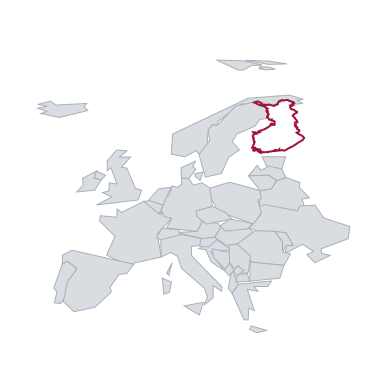 Europe, with Finland highlighted, rotated 4°
{"feature_id": "FIN", "entity_name": "Finland", "entity_type": "country or territory", "adm_level": 0, "iso_a3": "FIN", "parent_name": "Europe", "parent_adm1": "", "projection": "equal_earth", "projection_center": [24.864, 64.94], "detail": "fine", "context": "in_parent", "style": "outline", "palette": "rose", "viewbox_px": 384, "rotation_deg": 4, "n_neighbors": 37, "source": "natural_earth", "source_scale": "50m", "svg_char_len": 12805}
<svg xmlns="http://www.w3.org/2000/svg" viewBox="0 0 384 384"><g transform="rotate(4 192 192)"><path d="M207.3,58.6L234.6,57.6L253.4,60.5L242.8,61.6L234.3,67.0L229.1,67.1L207.3,58.6ZM295.9,95.8L284.5,98.2L286.3,94.9L280.3,93.1L266.7,100.1L250.7,96.7L244.1,101.3L235.5,100.5L212.7,119.8L212.4,123.8L207.6,123.7L203.8,128.9L203.7,146.4L196.4,154.0L193.4,150.3L182.4,157.4L168.7,155.7L168.6,135.5L241.3,94.6L282.2,88.5L296.5,91.8L290.7,93.0L295.9,95.8ZM277.8,57.6L259.6,59.3L236.3,56.9L259.2,56.1L277.8,57.6ZM266.7,63.7L257.2,65.0L249.8,64.3L252.7,63.5L250.2,62.5L259.0,61.9L266.7,63.7Z" fill="#d9dde1" stroke="#a8b0b8" stroke-width="1"/><path d="M144.5,204.7L173.6,219.7L160.2,236.3L165.9,258.9L132.1,269.2L111.3,260.9L118.2,241.5L101.8,227.3L102.2,222.1L118.8,222.4L118.4,214.3L123.1,217.3L144.5,204.7ZM172.4,275.0L176.9,264.1L174.9,276.6L172.4,275.0Z" fill="#d9dde1" stroke="#a8b0b8" stroke-width="1"/><path d="M196.4,154.0L206.1,139.4L203.8,128.9L207.6,123.7L212.4,123.8L229.6,103.2L247.8,98.0L261.1,103.6L262.7,113.3L254.5,114.8L250.4,121.8L232.7,131.0L228.6,139.1L236.5,146.6L226.1,154.9L220.0,171.4L204.2,176.2L196.4,154.0Z" fill="#d9dde1" stroke="#a8b0b8" stroke-width="1"/><path d="M284.7,171.0L299.0,175.0L298.6,179.8L309.5,189.6L302.1,191.4L305.0,198.1L298.5,203.5L260.0,201.7L259.9,185.8L270.9,183.3L275.9,174.6L284.7,171.0Z" fill="#d9dde1" stroke="#a8b0b8" stroke-width="1"/><path d="M325.5,244.2L334.3,245.6L319.5,253.9L310.9,246.6L317.2,242.7L306.0,236.4L289.2,246.8L290.1,238.4L296.7,238.5L288.7,226.1L267.3,228.9L251.7,224.0L262.1,209.7L260.0,201.7L265.6,199.5L298.5,203.5L300.3,198.5L315.6,196.5L325.2,208.7L351.9,215.5L351.1,227.7L324.9,239.6L325.5,244.2Z" fill="#d9dde1" stroke="#a8b0b8" stroke-width="1"/><path d="M259.9,185.8L261.5,194.0L258.2,195.4L262.7,207.8L255.6,219.6L219.3,209.7L208.9,192.1L209.6,186.8L228.8,179.6L259.9,185.8Z" fill="#d9dde1" stroke="#a8b0b8" stroke-width="1"/><path d="M222.9,226.1L216.9,236.6L208.9,238.4L180.0,233.5L199.8,230.9L204.2,220.7L220.4,221.3L222.9,226.1Z" fill="#d9dde1" stroke="#a8b0b8" stroke-width="1"/><path d="M251.7,224.0L255.1,227.9L245.3,239.3L230.6,243.4L218.0,235.4L222.9,226.1L251.7,224.0Z" fill="#d9dde1" stroke="#a8b0b8" stroke-width="1"/><path d="M277.1,225.4L288.7,226.1L296.7,238.5L290.1,238.4L286.6,245.4L285.8,235.7L277.1,225.4Z" fill="#d9dde1" stroke="#a8b0b8" stroke-width="1"/><path d="M286.6,245.4L294.5,246.9L288.8,258.8L256.1,257.9L240.7,240.7L257.6,226.3L277.1,225.4L285.8,235.7L286.6,245.4Z" fill="#d9dde1" stroke="#a8b0b8" stroke-width="1"/><path d="M275.9,174.6L270.9,183.3L259.9,185.8L247.2,171.9L267.3,169.7L275.9,174.6Z" fill="#d9dde1" stroke="#a8b0b8" stroke-width="1"/><path d="M279.9,162.7L284.7,171.0L275.9,174.6L267.3,169.7L247.2,171.9L255.2,160.9L259.2,165.6L268.8,159.5L279.9,162.7Z" fill="#d9dde1" stroke="#a8b0b8" stroke-width="1"/><path d="M283.1,150.3L279.9,162.7L264.4,160.6L259.5,152.0L283.1,150.3Z" fill="#d9dde1" stroke="#a8b0b8" stroke-width="1"/><path d="M209.6,186.8L213.2,205.0L197.4,210.8L204.2,220.7L199.8,230.9L169.0,229.8L173.6,219.7L165.7,218.4L163.0,211.8L164.2,199.8L169.2,197.2L171.8,187.3L177.2,188.4L181.2,185.1L180.5,178.8L187.9,178.7L192.6,185.2L201.4,182.1L209.6,186.8Z" fill="#d9dde1" stroke="#a8b0b8" stroke-width="1"/><path d="M254.5,254.8L256.1,257.9L288.8,258.8L285.7,271.8L256.0,276.9L254.5,254.8Z" fill="#d9dde1" stroke="#a8b0b8" stroke-width="1"/><path d="M276.0,324.8L266.4,327.9L259.0,325.0L260.2,321.5L276.0,324.8ZM244.5,280.8L277.5,275.2L274.3,280.9L260.5,282.0L264.6,286.4L254.0,285.3L262.3,305.9L256.7,303.8L256.9,315.7L252.8,315.9L239.1,290.3L244.5,280.8Z" fill="#d9dde1" stroke="#a8b0b8" stroke-width="1"/><path d="M244.5,280.8L239.1,290.3L234.8,285.4L237.3,266.5L244.5,280.8Z" fill="#d9dde1" stroke="#a8b0b8" stroke-width="1"/><path d="M220.0,237.9L235.8,247.3L214.7,250.4L229.7,268.1L215.8,260.3L209.9,248.5L202.8,248.0L220.0,237.9Z" fill="#d9dde1" stroke="#a8b0b8" stroke-width="1"/><path d="M180.9,230.4L184.6,238.1L166.5,243.3L159.7,239.6L164.8,230.3L180.9,230.4Z" fill="#d9dde1" stroke="#a8b0b8" stroke-width="1"/><path d="M161.5,212.1L163.2,216.5L160.5,216.0L161.5,212.1Z" fill="#d9dde1" stroke="#a8b0b8" stroke-width="1"/><path d="M164.2,207.1L160.5,216.0L144.5,204.7L158.3,202.4L164.2,207.1Z" fill="#d9dde1" stroke="#a8b0b8" stroke-width="1"/><path d="M170.6,188.7L164.2,207.1L149.1,203.3L158.4,191.3L170.6,188.7Z" fill="#d9dde1" stroke="#a8b0b8" stroke-width="1"/><path d="M67.7,272.7L72.8,269.7L82.7,276.6L74.0,290.2L75.0,302.5L68.6,312.4L62.3,312.2L64.3,301.0L60.8,297.3L67.7,272.7Z" fill="#d9dde1" stroke="#a8b0b8" stroke-width="1"/><path d="M71.3,310.3L74.0,290.2L82.7,276.6L72.8,269.7L67.7,272.7L67.1,264.0L76.4,258.5L139.0,268.2L132.6,277.8L124.9,279.4L116.8,292.8L118.6,297.3L103.1,313.7L82.7,319.6L71.3,310.3Z" fill="#d9dde1" stroke="#a8b0b8" stroke-width="1"/><path d="M100.6,186.1L95.0,197.0L77.0,200.0L83.0,192.9L81.9,186.0L95.2,177.7L93.5,184.8L100.6,186.1Z" fill="#d9dde1" stroke="#a8b0b8" stroke-width="1"/><path d="M185.3,235.1L204.3,237.9L204.6,244.7L195.2,246.2L196.1,255.9L228.7,284.6L228.1,288.8L219.8,283.9L220.4,296.0L211.9,303.9L214.8,295.5L211.0,287.0L187.0,269.1L182.1,257.2L174.8,253.8L165.9,258.9L164.2,241.7L185.3,235.1ZM192.1,306.2L211.0,301.3L207.9,314.2L192.1,306.2ZM168.3,279.9L177.9,283.4L176.3,293.8L171.0,295.9L168.3,279.9Z" fill="#d9dde1" stroke="#a8b0b8" stroke-width="1"/><path d="M187.9,178.7L180.5,178.8L179.4,168.6L193.3,161.0L191.0,166.4L194.2,169.1L187.9,178.7ZM201.6,171.4L199.3,179.9L194.1,176.2L193.6,173.5L201.6,171.4Z" fill="#d9dde1" stroke="#a8b0b8" stroke-width="1"/><path d="M100.6,186.1L93.5,184.8L95.2,177.7L104.5,181.5L100.6,186.1ZM116.6,189.2L109.5,173.5L106.0,176.6L105.2,167.0L113.9,155.4L124.2,155.4L117.2,162.2L128.3,161.3L120.0,172.2L125.3,172.7L135.3,192.4L141.6,193.7L138.8,203.7L97.6,211.6L112.3,202.7L102.9,198.8L109.0,196.7L108.8,188.6L116.6,189.2Z" fill="#d9dde1" stroke="#a8b0b8" stroke-width="1"/><path d="M80.7,111.0L78.4,114.4L82.4,118.0L54.6,126.9L35.6,124.3L41.5,121.9L32.1,119.2L41.6,116.6L32.1,115.4L44.5,111.2L50.3,114.8L80.7,111.0Z" fill="#d9dde1" stroke="#a8b0b8" stroke-width="1"/><path d="M204.3,237.9L218.0,235.4L220.0,237.9L212.5,245.7L203.3,245.3L204.3,237.9Z" fill="#d9dde1" stroke="#a8b0b8" stroke-width="1"/><path d="M254.4,219.2L250.5,224.7L227.7,228.8L222.5,223.6L232.1,216.3L254.4,219.2Z" fill="#d9dde1" stroke="#a8b0b8" stroke-width="1"/><path d="M213.2,205.0L226.9,210.2L233.8,216.3L208.2,223.0L198.6,215.9L197.4,210.8L213.2,205.0Z" fill="#d9dde1" stroke="#a8b0b8" stroke-width="1"/><path d="M230.4,266.8L218.5,256.3L216.1,247.3L235.6,250.1L235.8,259.8L230.4,266.8Z" fill="#d9dde1" stroke="#a8b0b8" stroke-width="1"/><path d="M252.7,269.4L256.0,276.9L242.1,278.9L243.2,271.4L252.7,269.4Z" fill="#d9dde1" stroke="#a8b0b8" stroke-width="1"/><path d="M232.7,242.3L240.7,240.7L254.8,252.2L253.7,268.3L248.0,269.9L243.7,262.1L240.3,265.6L234.4,260.2L232.7,242.3Z" fill="#d9dde1" stroke="#a8b0b8" stroke-width="1"/><path d="M239.2,267.3L234.9,272.8L229.7,268.1L234.4,260.2L239.2,267.3Z" fill="#d9dde1" stroke="#a8b0b8" stroke-width="1"/><path d="M242.1,272.9L239.2,267.3L242.6,262.5L249.2,266.6L242.1,272.9Z" fill="#d9dde1" stroke="#a8b0b8" stroke-width="1"/><path d="M263.9,114.4L263.4,113.4L263.1,113.1L262.7,112.6L262.0,112.4L261.8,112.3L261.8,112.1L261.7,111.8L261.6,111.4L261.7,111.1L261.8,110.9L262.1,110.8L262.6,110.4L262.7,110.1L262.7,109.7L262.9,109.4L263.1,109.2L262.9,108.9L262.6,108.6L262.1,108.2L261.7,107.9L261.5,107.6L261.4,107.3L261.5,107.1L261.6,106.9L262.1,106.7L262.0,106.1L261.6,106.0L260.7,106.0L260.7,105.9L260.7,105.6L261.1,105.3L261.1,105.2L260.9,104.8L260.8,104.3L260.9,103.9L261.5,103.6L260.8,103.2L260.3,102.8L260.1,102.6L259.5,102.6L259.1,102.0L257.9,101.5L257.6,101.4L255.7,101.0L254.9,100.9L254.0,100.7L253.3,100.5L252.7,100.3L252.2,100.1L251.6,99.9L251.4,99.8L250.6,99.5L250.3,99.3L249.1,98.9L249.0,98.6L247.7,98.3L248.0,98.1L249.0,98.1L249.8,98.3L250.0,98.2L249.7,97.6L249.8,97.4L250.2,97.3L250.7,97.2L251.6,97.2L252.2,97.2L252.4,97.2L253.3,97.7L254.0,98.3L254.4,98.5L255.4,99.1L255.8,99.5L255.9,99.8L256.3,99.8L259.0,100.0L259.3,100.2L260.1,100.1L260.8,100.0L261.9,99.8L262.6,99.4L263.3,99.4L264.8,99.8L266.5,100.1L267.0,100.3L267.6,100.4L268.3,100.2L268.7,99.6L269.1,99.3L269.6,99.1L270.1,99.0L270.6,99.0L270.9,98.8L271.4,98.5L271.4,98.1L271.3,97.4L271.4,97.1L271.8,96.7L272.3,95.7L272.5,95.4L272.8,95.2L273.2,95.1L273.9,94.8L274.9,94.2L275.1,94.1L275.8,94.1L276.7,94.1L277.5,94.2L278.0,94.2L278.6,94.0L279.7,93.6L280.4,93.5L281.1,93.5L281.8,93.9L282.8,94.4L283.5,94.6L285.3,95.0L286.9,95.3L287.8,96.2L287.4,96.6L287.2,96.7L286.4,97.1L285.6,97.6L285.6,97.9L285.8,98.2L286.2,98.4L284.4,98.8L283.7,98.9L283.8,99.1L285.0,99.1L285.3,99.2L285.4,99.3L285.2,99.5L284.0,100.7L284.0,100.9L284.4,101.6L285.0,102.3L288.1,103.0L289.0,103.6L290.4,104.5L291.2,104.8L291.1,105.5L290.2,106.1L289.4,106.6L288.5,107.2L287.9,107.8L287.2,108.4L287.1,108.6L287.1,108.8L287.2,109.0L288.2,109.8L289.1,110.6L289.5,111.1L289.7,111.5L290.1,111.9L290.7,112.5L291.2,112.9L291.4,113.3L292.2,114.5L292.3,114.8L292.3,115.0L291.9,115.1L291.3,115.1L290.5,115.3L291.0,115.6L290.6,116.1L290.5,116.9L290.1,117.2L290.0,117.3L290.2,117.5L291.0,117.6L291.1,117.9L291.0,118.1L290.6,118.2L290.2,118.4L290.1,118.6L290.1,118.8L290.3,119.1L290.6,119.5L291.0,119.7L292.4,119.9L292.6,120.1L292.7,120.3L292.7,120.6L292.0,121.0L292.3,121.6L292.7,122.1L294.1,122.5L294.6,122.8L294.7,123.0L294.8,123.3L294.8,123.6L294.7,124.0L294.3,124.4L293.3,125.2L292.3,125.5L292.6,125.8L294.4,126.8L297.2,127.9L298.2,128.5L298.6,128.8L299.1,129.2L299.6,129.6L299.9,129.9L300.1,130.1L300.1,130.3L299.6,130.9L299.4,131.4L299.0,132.1L298.5,132.6L297.3,133.5L295.5,134.6L295.1,134.9L294.3,135.5L292.9,136.7L292.5,137.0L291.3,137.9L290.8,138.3L290.4,138.5L289.2,139.5L286.7,140.8L286.3,141.1L285.1,141.8L282.1,143.9L281.9,143.9L281.4,144.1L280.7,144.2L280.4,144.3L279.3,143.9L279.1,143.8L278.4,144.0L277.8,144.3L276.6,144.4L276.1,144.5L275.7,144.6L275.6,144.3L275.8,143.8L276.0,143.5L276.0,143.3L275.9,143.4L275.5,143.8L275.3,144.3L274.9,144.6L274.0,144.7L273.2,144.3L272.8,144.3L273.0,144.5L273.2,144.9L273.2,145.0L272.7,145.0L272.2,145.2L271.8,145.5L271.6,145.5L271.3,145.1L270.7,145.3L270.3,145.5L269.3,145.6L268.8,145.9L267.7,146.1L267.2,146.1L265.9,146.4L265.5,146.8L265.2,147.0L264.6,146.8L263.0,147.0L261.5,147.3L260.8,147.3L260.2,147.2L259.5,147.5L258.7,148.0L257.9,148.2L257.6,148.1L257.9,147.9L258.4,147.6L258.8,147.3L258.8,147.0L258.6,146.8L258.2,146.8L257.8,146.5L257.4,145.8L257.2,145.8L257.1,146.0L256.9,146.5L256.3,146.9L256.0,146.9L255.1,146.9L255.0,146.7L255.2,146.2L255.2,145.9L255.4,145.9L255.7,145.9L255.8,145.7L255.4,145.5L255.4,145.4L255.7,144.9L255.8,144.8L255.7,144.8L254.1,144.7L252.5,144.1L252.1,144.1L251.9,143.5L251.5,143.6L250.9,143.9L250.5,143.7L250.0,143.5L249.9,143.3L249.9,142.9L249.9,142.5L249.8,142.0L249.7,141.3L249.8,140.8L250.2,140.4L250.3,140.1L250.5,139.5L250.6,138.7L250.5,138.3L250.8,138.3L250.8,138.2L250.6,138.1L250.5,137.9L251.0,137.8L251.0,137.7L250.8,137.2L250.4,136.4L250.0,135.8L249.4,135.4L249.6,134.7L249.9,134.0L249.9,133.7L249.8,133.4L249.0,132.9L248.9,132.4L248.7,131.8L248.8,131.4L249.0,131.1L249.2,130.8L250.5,129.9L250.6,129.4L251.5,129.4L251.1,129.0L251.0,128.8L251.0,128.5L252.3,128.3L252.7,128.4L253.8,128.3L254.8,127.9L254.8,127.7L254.7,127.5L254.5,127.2L255.0,127.2L254.8,127.0L254.8,126.8L255.2,126.9L255.9,126.4L255.9,126.0L257.0,125.8L258.3,125.0L258.9,124.8L259.4,124.6L260.6,123.9L261.1,123.8L261.4,123.3L262.4,122.7L262.7,122.6L263.2,122.0L264.4,121.3L265.2,120.4L265.7,120.1L265.8,119.7L266.3,119.7L266.7,119.4L267.7,119.3L268.6,119.3L269.0,119.4L269.3,119.4L269.3,119.1L269.0,118.9L269.2,118.7L269.7,118.6L269.7,118.3L269.6,118.1L269.2,117.9L269.4,117.4L269.4,116.8L269.6,116.1L269.1,115.7L267.2,115.1L266.8,115.2L266.4,115.1L265.9,114.6L266.1,114.2L265.7,114.3L265.1,114.5L264.3,114.4L263.9,114.4ZM253.7,144.9L254.3,145.0L254.6,145.0L254.9,145.3L254.4,145.5L254.5,145.9L254.6,146.1L254.1,146.1L253.9,145.9L253.8,145.7L253.5,145.5L253.2,145.4L253.4,145.2L253.5,145.0L253.7,144.9ZM267.2,118.7L266.5,118.9L265.9,118.8L265.9,118.4L266.3,118.3L266.9,118.2L267.8,118.4L267.4,118.5L267.2,118.7ZM249.4,128.3L249.5,128.4L250.1,128.2L250.4,128.2L250.4,128.5L250.2,128.5L249.9,128.6L249.6,128.8L249.1,128.5L248.8,128.1L249.5,128.1L249.4,128.2L249.4,128.3ZM250.1,143.9L250.0,144.2L249.7,144.2L249.3,144.2L249.0,143.9L248.9,143.5L249.0,143.4L249.3,143.5L250.1,143.9ZM252.8,145.1L252.4,145.1L251.9,144.8L251.8,144.7L252.1,144.6L251.9,144.4L252.0,144.3L252.4,144.5L252.6,144.7L252.4,144.7L252.7,145.0L252.8,145.1ZM251.9,146.3L251.4,146.5L251.2,146.4L251.3,146.1L251.6,145.9L252.1,145.9L251.9,146.3ZM250.9,146.4L250.5,146.5L250.2,146.3L250.3,146.2L250.6,146.1L250.9,146.1L251.0,146.2L250.9,146.4Z" fill="none" stroke="#9f1239" stroke-width="2"/></g></svg>